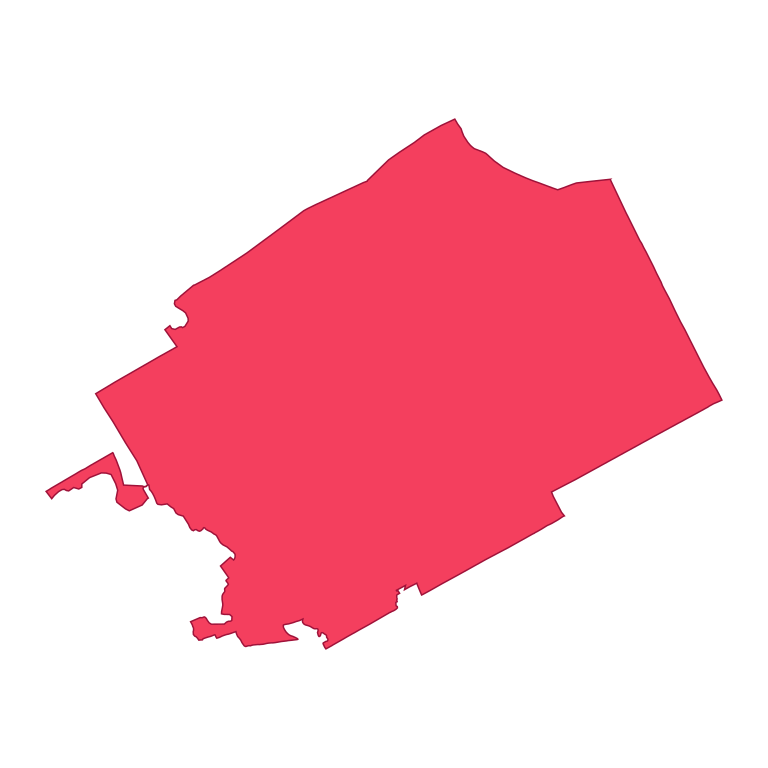 Popesti, Arges, Romania
{"feature_id": "2599482B99719362105911", "entity_name": "Popesti", "entity_type": "district", "adm_level": 2, "iso_a3": "ROU", "parent_name": "Romania", "parent_adm1": "Arges", "projection": "mercator", "projection_center": [25.115, 44.453], "detail": "fine", "context": "isolated", "style": "filled", "palette": "rose", "viewbox_px": 768, "rotation_deg": 0, "n_neighbors": 0, "source": "geoboundaries", "source_scale": "gbopen_adm2", "svg_char_len": 6062}
<svg xmlns="http://www.w3.org/2000/svg" viewBox="0 0 768 768"><path d="M681.5,421.5L686.0,419.0L699.3,411.8L705.6,408.3L707.7,407.2L709.1,406.2L713.6,403.7L717.9,401.9L721.9,400.1L719.1,394.4L716.7,389.9L712.6,383.2L709.1,377.1L703.8,367.4L690.5,341.0L684.9,329.8L680.5,321.8L675.0,310.7L669.4,298.8L664.6,289.9L662.4,285.6L661.1,282.2L656.5,273.2L653.5,266.7L646.2,252.2L643.7,247.6L641.6,243.3L639.8,240.5L628.1,216.9L626.0,212.8L610.2,179.4L610.3,179.3L591.4,181.3L576.4,183.0L572.3,184.4L563.1,187.9L557.7,189.8L551.8,187.7L539.0,182.9L533.3,180.9L532.0,180.4L526.0,178.0L520.7,175.7L514.2,172.8L503.5,167.6L503.1,167.4L494.4,161.1L489.4,156.6L487.7,155.0L485.7,153.3L483.8,152.4L482.5,151.8L475.1,149.0L474.2,148.6L472.4,147.2L470.4,145.4L467.8,142.3L463.8,136.2L462.1,131.9L461.1,128.8L457.7,124.1L454.8,119.1L441.1,125.5L424.3,134.9L414.3,142.5L399.5,152.2L388.7,159.8L367.4,180.5L367.3,181.0L367.0,181.3L363.6,182.5L316.0,204.5L307.6,208.6L303.8,210.7L278.5,229.6L246.7,253.1L219.0,271.3L209.3,277.4L194.4,285.1L193.6,285.2L180.7,296.0L176.9,299.8L175.0,300.4L174.4,303.8L175.7,306.3L179.9,308.9L182.9,310.7L185.6,312.9L188.1,318.3L188.2,321.1L184.9,326.4L182.6,327.6L181.5,326.9L179.6,327.0L175.2,329.4L171.7,328.6L169.9,325.7L164.9,329.7L177.0,346.7L159.3,356.6L115.3,381.9L95.7,393.7L104.1,407.9L113.0,421.7L125.5,442.8L136.8,460.7L147.7,484.7L146.3,486.1L145.5,486.4L144.0,486.7L142.4,486.0L123.6,485.1L122.0,478.3L120.7,472.6L119.9,470.0L116.2,460.1L114.2,455.9L113.2,453.2L112.7,452.7L90.5,465.4L84.8,468.9L81.5,470.4L77.9,472.5L76.0,473.7L71.7,476.2L50.9,488.4L49.3,489.5L46.1,491.4L51.7,498.7L54.4,495.4L58.6,491.6L62.0,489.6L64.3,489.3L66.4,490.5L68.7,490.9L73.7,487.5L78.8,489.0L81.8,487.4L81.8,484.0L89.6,477.6L101.4,472.9L106.3,473.1L111.1,474.5L115.7,483.7L117.7,490.2L116.0,498.9L116.9,502.2L125.5,508.9L129.3,510.8L142.2,505.0L147.4,498.6L148.3,498.1L143.4,489.6L143.0,488.1L143.4,487.5L143.8,487.1L146.2,486.5L147.9,484.8L148.7,484.9L149.1,486.3L149.6,489.5L151.3,491.4L152.6,493.4L154.1,496.3L155.5,499.6L156.8,503.2L157.9,504.3L161.4,504.8L167.2,503.9L170.8,506.8L173.7,508.6L176.0,513.0L178.2,514.6L183.3,516.1L188.5,524.3L189.8,527.5L191.6,529.9L193.4,530.7L194.8,529.7L196.4,529.6L197.5,530.5L199.3,531.2L200.7,530.8L203.0,528.8L203.4,527.9L204.0,527.6L204.8,527.9L205.6,529.0L207.4,530.2L211.3,532.0L214.1,534.1L215.5,534.7L216.6,535.7L219.8,541.7L220.8,543.0L222.9,544.8L227.0,546.9L231.1,550.5L231.5,551.0L232.8,551.5L234.6,553.6L235.1,554.5L235.1,557.2L234.3,559.2L233.6,560.0L230.3,557.3L220.5,566.0L228.3,577.1L228.7,577.9L226.1,580.3L226.0,580.8L227.9,583.3L228.3,584.3L227.7,585.3L224.8,588.3L224.6,589.0L224.8,591.1L224.7,591.6L222.8,594.2L222.3,595.4L222.1,596.6L222.1,599.6L222.7,603.5L222.8,605.1L222.3,608.0L221.6,611.5L221.5,613.8L222.2,614.0L224.3,614.4L226.4,614.4L229.7,614.5L232.0,616.6L231.8,620.3L230.6,621.2L228.3,621.3L226.5,622.1L224.3,624.1L211.4,624.2L209.2,622.9L207.3,620.3L206.2,618.3L205.0,617.2L204.2,616.9L202.1,617.7L200.1,617.6L190.6,621.7L191.6,623.5L192.4,625.1L192.7,626.3L193.5,628.0L193.6,630.1L193.2,631.7L193.4,634.5L194.7,636.1L196.2,636.8L197.4,638.1L198.9,640.2L199.8,640.0L202.3,639.9L202.5,639.8L202.7,639.3L203.0,638.9L203.5,638.6L205.7,637.8L208.2,637.0L210.6,636.4L213.1,635.4L214.6,634.8L214.9,634.8L215.1,635.0L215.9,636.8L216.4,637.6L216.8,638.2L219.6,637.3L222.0,636.1L224.1,635.3L226.6,634.5L228.6,634.1L229.9,633.7L235.9,631.6L236.2,632.8L236.5,633.8L237.4,635.9L237.7,636.5L238.4,637.3L239.1,638.0L240.7,640.0L241.0,640.6L241.7,642.1L242.4,643.3L244.2,645.8L244.9,646.2L245.4,646.4L245.9,646.5L246.8,646.2L248.1,645.8L248.7,645.7L249.5,645.7L250.4,645.8L251.8,645.3L252.8,645.0L258.0,644.5L259.2,644.6L261.0,644.4L262.5,644.3L263.8,644.1L266.8,643.4L268.6,643.1L272.2,642.8L272.5,642.9L275.2,642.6L281.5,641.5L286.6,640.9L288.1,640.6L291.2,640.3L296.9,639.6L297.7,639.4L297.9,639.3L297.9,639.2L297.6,638.8L297.2,638.5L295.3,637.5L292.9,636.4L291.0,635.8L289.5,635.1L288.5,634.4L287.3,633.3L286.0,631.9L285.2,630.7L284.7,629.9L283.7,628.0L283.4,627.1L283.3,625.2L283.8,624.8L285.7,624.3L287.0,624.1L288.5,623.9L293.2,622.6L296.2,621.5L299.1,620.7L299.9,620.4L302.9,619.0L302.8,619.5L302.6,620.1L302.5,620.8L302.5,621.5L302.6,622.0L302.8,622.6L303.5,623.5L304.0,624.1L304.7,624.5L305.4,624.9L308.3,625.7L309.9,626.3L311.0,626.9L312.6,627.9L313.9,628.6L314.8,628.8L317.0,628.7L317.4,628.8L317.7,628.9L318.0,629.5L318.1,630.6L317.6,632.4L317.5,632.6L317.6,632.9L318.1,634.9L318.6,636.0L318.9,636.4L319.1,636.5L319.3,636.5L319.8,636.2L320.1,636.0L320.3,635.7L320.6,635.0L320.9,633.7L321.2,633.0L321.4,632.8L321.9,632.6L322.7,632.8L323.4,633.1L324.3,633.9L325.8,634.7L326.2,635.2L326.5,635.5L326.6,636.0L326.6,636.6L326.6,637.1L326.9,637.7L327.6,638.5L327.8,638.9L327.9,639.4L327.9,640.0L327.8,640.3L327.6,640.8L327.2,641.1L326.4,641.3L325.4,641.6L324.5,642.3L323.4,642.8L323.2,643.0L323.1,643.3L323.1,643.7L323.4,644.4L323.5,644.8L323.8,645.1L324.1,646.0L324.8,647.4L325.9,648.9L331.9,645.6L332.6,645.1L343.0,639.2L346.7,637.0L353.1,633.4L354.1,632.9L359.3,629.9L369.8,624.1L387.7,613.7L388.1,613.5L388.8,613.1L389.4,612.6L390.7,612.2L391.3,611.7L393.3,610.9L394.6,610.2L396.1,609.2L397.4,607.9L397.4,607.7L397.4,607.1L397.3,606.6L397.1,606.4L396.3,606.0L396.1,605.7L396.0,605.2L395.9,603.4L395.9,603.1L395.8,602.6L395.9,602.4L396.2,602.1L397.1,601.8L397.2,601.5L396.9,600.7L396.7,600.3L396.7,600.0L396.7,599.7L396.8,599.6L397.1,599.2L397.1,598.8L397.1,598.7L396.8,597.9L396.7,595.4L396.9,595.0L397.0,594.8L399.6,593.3L398.9,592.2L398.0,590.7L397.1,591.0L396.9,591.0L396.6,590.8L396.5,590.5L396.4,590.3L405.5,585.4L404.5,589.7L409.8,586.7L416.8,583.2L416.9,583.6L417.9,586.1L418.9,588.6L421.6,595.0L422.5,594.6L429.7,590.7L441.5,584.0L458.9,574.5L485.8,559.5L508.9,547.3L533.0,533.8L534.0,533.4L535.3,532.5L537.1,531.6L541.8,528.9L546.9,525.7L548.1,525.1L549.1,524.7L551.8,523.4L558.2,519.7L561.0,517.8L562.8,516.6L563.6,516.2L564.4,515.9L561.5,512.3L553.3,496.5L551.5,492.0L576.3,479.1L653.8,436.5L678.4,423.1L681.5,421.5Z" fill="#f43f5e" stroke="#9f1239" stroke-width="1.5"/></svg>